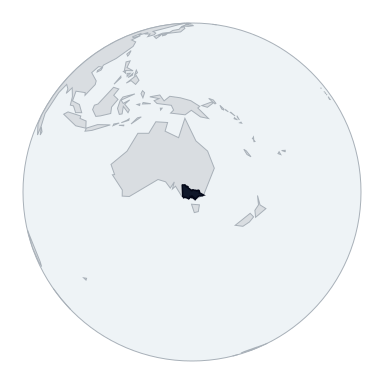 globe centered on Victoria
{"feature_id": "AUS-2656", "entity_name": "Victoria", "entity_type": "State", "adm_level": 1, "iso_a3": "AUS", "parent_name": "Australia", "parent_adm1": "", "projection": "orthographic", "projection_center": [144.983, -36.566], "detail": "fine", "context": "on_globe", "style": "filled", "palette": "ink", "viewbox_px": 384, "rotation_deg": 0, "n_neighbors": 0, "source": "natural_earth", "source_scale": "10m", "svg_char_len": 8205}
<svg xmlns="http://www.w3.org/2000/svg" viewBox="0 0 384 384"><circle cx="192" cy="192" r="169" fill="#eef3f6" stroke="#a8b0b8"/><path d="M285.2,150.3L285.2,151.6L284.9,151.6L285.2,150.3ZM250.6,350.5L252.0,349.8L248.4,350.9L250.5,350.1L251.7,349.5L250.6,349.6L258.4,346.6L264.6,344.4L264.8,344.5L267.5,343.1L250.6,350.5ZM329.5,99.4L328.1,96.6L330.2,99.5L329.5,99.4ZM326.3,94.1L327.0,95.2L326.3,94.1L326.3,94.1ZM325.2,92.8L326.0,93.8L325.2,93.0L325.2,92.8ZM323.8,91.5L324.5,92.1L323.8,91.5ZM321.3,88.6L320.6,87.8L321.1,88.1L321.3,88.6ZM244.2,351.6L257.1,347.0L250.4,349.6L248.8,350.7L240.9,353.1L244.2,351.6ZM238.1,354.5L234.4,355.6L232.6,356.0L234.8,355.4L238.1,354.5ZM216.6,24.8L213.8,24.5L212.4,24.3L216.6,24.8ZM184.2,23.2L185.5,23.2L178.3,24.8L153.0,31.4L155.8,33.1L154.1,34.8L147.8,36.6L150.0,34.0L145.9,34.0L148.2,32.5L138.7,35.2L141.4,33.3L132.7,36.7L133.0,37.7L140.4,35.7L131.6,40.0L135.7,41.9L133.1,46.4L116.3,58.4L103.6,65.0L102.2,67.1L98.7,66.6L91.7,72.6L96.2,80.9L95.2,84.6L85.0,95.3L85.2,92.6L76.0,91.2L72.5,100.9L79.4,104.5L81.7,112.7L75.6,112.6L73.5,105.9L70.3,105.1L72.4,96.8L72.2,87.8L66.2,93.4L67.9,89.0L66.7,84.4L58.7,92.7L45.1,113.4L41.2,126.0L37.5,135.0L38.0,123.8L42.0,114.2L41.0,116.1L46.8,105.7L53.2,95.6L60.4,86.1L68.2,77.1L76.6,68.6L85.6,60.8L95.1,53.6L105.1,47.1L115.5,41.3L126.3,36.3L137.5,32.1L148.9,28.6L160.5,26.0L172.3,24.2L184.2,23.2ZM53.2,288.4L54.6,290.3L60.9,298.5L69.6,308.5L70.7,309.6L61.5,299.3L53.2,288.4ZM83.6,277.8L86.6,278.3L86.0,280.1L83.6,277.8ZM29.5,235.3L40.2,261.8L41.6,266.6L38.7,261.9L32.5,247.6L29.8,238.5L27.6,230.2L29.5,235.3ZM118.9,125.3L123.8,125.1L123.7,125.8L118.9,125.3ZM113.8,124.0L119.2,123.0L113.0,125.7L113.8,124.0ZM121.3,122.7L126.8,120.3L129.1,118.8L128.8,120.3L121.3,122.7ZM110.3,124.9L91.9,130.4L85.0,131.2L86.4,128.1L97.6,124.6L110.3,124.9ZM85.8,128.2L75.7,125.8L63.7,114.2L68.0,111.9L80.8,116.0L80.0,118.4L86.1,121.0L85.8,128.2ZM111.6,107.0L110.7,113.5L100.4,115.9L95.8,116.4L92.6,109.6L94.4,105.2L98.0,104.0L113.6,87.3L118.8,89.0L113.7,95.3L118.0,99.4L111.6,107.0ZM41.3,126.7L42.0,131.8L40.2,135.0L41.3,126.7ZM121.0,77.7L114.0,84.2L120.8,76.2L121.0,77.7ZM125.7,70.9L125.6,73.2L123.4,71.4L125.7,70.9ZM101.0,70.1L97.1,72.0L97.5,70.5L102.8,67.2L101.0,70.1ZM131.1,50.6L129.1,54.5L127.7,56.1L126.8,54.1L131.1,50.6ZM250.2,213.3L253.6,216.9L249.4,222.0L242.9,226.3L235.2,225.3L250.2,213.3ZM194.3,212.6L191.5,204.2L199.4,204.8L198.3,211.6L194.3,212.6ZM254.9,210.3L258.5,204.9L257.5,195.5L260.0,204.9L265.9,208.6L255.6,217.3L254.9,210.3ZM158.0,179.5L129.3,196.5L122.2,196.1L122.3,190.0L112.4,174.8L114.6,174.6L111.0,164.4L127.0,151.2L137.9,133.3L148.8,133.3L155.8,121.8L167.6,122.5L165.1,131.2L178.6,137.7L184.9,118.3L195.9,140.9L207.6,151.1L214.3,168.2L203.7,194.8L195.1,199.3L192.1,195.9L188.8,198.6L181.9,196.5L175.5,186.2L172.4,189.0L174.3,181.9L170.3,188.1L165.6,181.8L158.0,179.5ZM243.8,149.3L246.2,150.8L251.0,156.8L247.0,154.5L243.8,149.3ZM279.1,151.7L280.8,154.6L278.0,153.6L279.1,151.7ZM284.9,151.6L281.6,150.5L285.2,150.3L284.9,151.6ZM253.5,139.5L255.0,141.5L254.0,141.7L253.5,139.5ZM252.4,138.7L253.5,136.9L253.7,139.2L252.4,138.7ZM239.7,122.8L241.0,122.1L241.7,123.2L239.7,122.8ZM131.0,124.0L137.5,117.8L141.3,116.9L131.0,124.0ZM237.5,119.9L234.1,118.7L234.4,117.7L237.5,119.9ZM237.5,117.4L236.9,115.7L239.4,120.0L237.5,117.4ZM230.8,112.2L235.1,116.0L230.3,112.4L230.8,112.2ZM228.4,111.9L225.5,110.0L225.6,109.6L228.4,111.9ZM197.8,108.0L208.5,118.5L200.5,116.9L191.3,110.3L185.1,114.8L170.6,113.1L173.6,110.1L171.3,105.3L157.0,103.5L154.1,100.7L159.0,98.6L149.8,96.8L159.8,95.0L164.1,100.9L169.8,96.3L180.3,97.8L190.8,100.7L199.8,106.4L197.8,108.0ZM160.3,108.2L162.1,108.2L160.6,110.1L160.3,108.2ZM219.9,105.3L224.1,109.3L223.7,110.0L221.7,109.0L219.9,105.3ZM201.8,105.6L211.2,102.1L213.6,102.7L207.4,107.3L201.8,105.6ZM208.7,98.4L213.3,100.0L215.9,103.3L215.0,103.9L208.7,98.4ZM139.9,103.8L139.6,105.5L137.1,104.5L139.9,103.8ZM143.1,102.5L150.8,103.7L142.5,104.0L143.1,102.5ZM121.1,100.1L123.2,103.4L129.7,99.9L124.7,104.2L129.4,109.9L128.0,112.7L123.3,106.4L122.1,113.9L119.3,114.4L117.5,108.4L120.2,100.5L123.0,97.0L134.9,93.9L121.1,100.1ZM142.9,97.8L141.0,93.7L142.5,90.7L144.6,92.7L142.9,97.8ZM135.6,84.4L131.0,80.6L126.3,83.1L136.2,75.5L139.0,80.3L135.6,84.4ZM132.4,75.3L128.0,77.5L132.9,73.3L132.4,75.3ZM127.1,76.3L127.1,73.4L130.4,73.2L127.1,76.3ZM134.6,75.1L136.3,70.1L137.5,72.7L134.6,75.1ZM127.0,67.5L133.1,70.8L124.4,70.5L126.1,61.9L130.1,60.9L127.0,67.5ZM162.5,35.8L162.8,34.4L166.9,33.9L165.6,35.0L162.5,35.8ZM180.6,31.9L168.1,33.3L158.1,35.3L160.2,35.7L156.2,38.5L154.1,36.5L162.5,33.2L169.8,32.3L172.7,30.5L179.1,29.3L180.6,27.6L184.0,26.9L184.9,28.4L180.6,31.9ZM180.9,26.9L185.8,24.7L192.7,25.1L193.2,25.7L188.1,26.4L184.7,26.1L180.9,26.9ZM188.6,23.1L191.4,23.6L188.5,23.5L187.2,23.9L189.0,24.4L185.8,24.3L186.2,23.1L186.3,23.1L188.6,23.1Z" fill="#d9dde1" stroke="#a8b0b8" stroke-width="1"/><path d="M203.7,195.1L203.2,195.2L203.2,195.3L202.9,195.6L202.7,195.7L202.5,195.8L202.1,195.8L201.9,195.8L201.7,195.8L200.9,195.8L200.7,195.9L200.4,195.8L199.7,195.8L199.3,195.9L198.8,196.1L198.4,196.3L198.0,196.5L197.6,196.9L196.8,197.7L196.6,198.0L196.4,198.2L196.3,198.3L196.3,198.2L195.9,198.3L195.7,198.3L195.4,198.3L195.2,198.3L194.9,198.3L194.8,198.5L194.9,198.8L195.0,198.8L195.3,198.8L195.3,198.7L195.4,198.8L195.4,199.0L195.3,199.3L195.3,199.5L195.2,199.6L195.1,199.4L194.9,199.2L194.8,198.8L194.5,198.7L194.4,198.7L194.3,198.9L194.2,198.9L194.1,198.7L193.8,198.2L193.9,198.3L194.0,198.3L194.0,198.2L193.9,198.2L193.7,198.1L193.4,198.2L193.2,197.9L192.9,197.8L193.0,197.8L193.0,197.7L193.1,197.4L193.2,197.5L193.3,197.4L193.2,197.2L193.3,197.1L193.1,196.9L192.8,196.9L192.8,197.0L192.7,196.9L192.7,197.0L192.6,197.3L192.4,197.4L192.3,197.5L192.2,197.5L191.9,197.7L191.4,197.3L191.3,197.2L191.5,197.3L191.8,197.3L192.0,197.2L192.3,196.7L192.3,196.4L192.2,196.3L192.1,196.2L192.0,195.9L191.9,195.8L191.7,195.9L191.6,196.1L191.4,196.1L191.3,196.3L191.0,196.4L190.9,196.5L190.6,196.5L190.9,196.8L191.1,196.7L191.4,196.7L191.4,196.9L191.2,197.0L190.9,197.1L190.7,197.1L190.3,197.4L190.2,197.4L190.2,197.5L189.9,197.7L189.7,197.8L189.6,198.0L189.4,198.3L189.1,198.4L189.0,198.6L188.9,198.6L188.7,198.8L188.5,198.6L188.3,198.5L188.0,198.5L187.9,198.4L187.7,198.2L187.3,198.1L187.0,198.0L186.9,197.9L186.6,197.7L186.3,197.5L186.3,197.4L186.2,197.4L186.2,197.5L186.0,197.4L185.8,197.4L185.7,197.5L185.3,197.4L185.0,197.2L184.9,197.2L184.5,197.1L184.3,197.2L184.3,197.3L184.2,197.4L184.3,197.5L184.2,197.5L183.9,197.5L183.7,197.6L183.7,197.4L183.7,197.2L183.3,196.9L183.1,196.8L182.7,196.6L182.2,184.6L182.3,184.8L182.6,184.8L182.9,184.8L183.0,184.9L183.1,185.0L183.4,185.1L183.5,185.1L183.8,185.1L184.1,184.9L184.3,184.9L184.5,184.9L184.8,184.9L185.0,185.0L185.3,185.1L185.4,185.3L185.5,185.5L185.7,185.8L185.7,186.1L185.9,186.3L186.0,186.5L186.1,186.8L186.3,186.8L186.3,186.7L186.5,186.7L186.5,186.3L186.7,186.2L186.8,186.3L186.9,186.5L187.0,186.4L187.1,186.5L187.3,186.5L187.5,186.5L187.8,186.7L187.9,186.8L188.0,186.8L188.1,187.0L188.0,187.3L188.1,187.7L188.2,188.0L188.3,188.0L188.5,188.1L188.7,188.3L188.8,188.6L189.0,188.6L189.4,188.8L189.6,188.9L189.6,189.0L189.8,189.1L190.1,189.4L190.3,189.6L190.5,189.7L190.7,190.1L190.8,190.2L191.1,190.5L191.3,190.6L191.6,190.7L191.8,190.6L192.0,190.6L191.9,190.3L192.0,190.2L192.1,189.9L192.3,189.9L192.6,189.9L192.8,190.0L193.2,189.8L193.3,189.8L193.8,190.2L193.9,190.3L194.0,190.3L194.2,190.2L194.3,190.2L194.3,190.3L194.6,190.4L194.8,190.5L195.0,190.5L195.3,190.5L195.5,190.3L195.9,190.3L196.1,190.5L196.3,190.6L196.5,190.6L196.8,190.6L196.9,190.9L196.9,191.0L197.1,191.1L197.3,191.0L197.2,191.0L197.0,190.9L197.0,190.7L197.5,190.5L197.7,190.4L197.8,190.3L198.0,190.3L198.5,190.2L198.9,190.4L199.0,190.5L199.2,190.8L199.3,190.9L199.3,191.0L199.2,191.1L199.3,191.2L199.3,191.5L199.5,191.8L199.5,192.1L199.6,192.3L199.4,192.8L199.6,192.8L203.7,195.1ZM193.1,197.2L193.2,197.3L192.9,197.5L192.7,197.4L192.7,197.2L192.9,197.2L193.1,197.2ZM192.8,197.7L192.9,197.8L192.6,197.8L192.4,197.8L192.5,197.6L192.8,197.6L192.7,197.6L192.8,197.7L192.8,197.7ZM195.7,198.5L195.9,198.5L195.7,198.5L195.4,198.5L195.6,198.5L195.7,198.5Z" fill="#0f172a" stroke="#020617" stroke-width="1.5"/></svg>